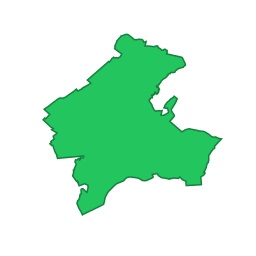 Saniob, Bihor, Romania (Albers equal-area conic projection), rotated 152°
{"feature_id": "2599482B80323305476993", "entity_name": "Saniob", "entity_type": "district", "adm_level": 2, "iso_a3": "ROU", "parent_name": "Romania", "parent_adm1": "Bihor", "projection": "albers", "projection_center": [22.111, 47.257], "detail": "fine", "context": "isolated", "style": "filled", "palette": "green", "viewbox_px": 256, "rotation_deg": 152, "n_neighbors": 0, "source": "geoboundaries", "source_scale": "gbopen_adm2", "svg_char_len": 5664}
<svg xmlns="http://www.w3.org/2000/svg" viewBox="0 0 256 256"><g transform="rotate(152 128 128)"><path d="M168.7,184.6L171.7,184.9L172.0,185.1L172.8,185.7L173.5,186.2L174.5,186.5L175.5,186.6L182.8,185.5L188.5,184.4L192.9,184.0L193.3,183.9L190.7,176.7L196.4,174.8L196.8,175.9L199.1,175.1L195.5,164.5L194.1,162.7L196.3,162.3L193.1,157.2L193.5,156.6L197.9,155.9L198.3,154.1L198.2,153.6L198.3,152.9L202.4,152.3L202.3,151.6L202.6,151.2L203.5,151.0L204.4,150.7L203.7,149.4L203.7,148.4L202.7,148.1L202.7,147.0L203.6,141.7L203.7,140.3L203.5,137.5L203.8,137.3L204.5,134.5L204.5,134.3L204.3,134.1L201.9,133.2L186.2,126.6L184.9,125.8L183.8,125.7L182.7,125.0L182.0,124.9L180.9,124.3L180.4,124.2L180.3,123.9L180.9,123.1L181.3,122.8L181.6,122.7L183.0,123.2L183.2,123.3L183.4,123.9L184.1,124.1L184.4,123.9L185.0,122.6L185.8,122.4L186.0,122.6L185.6,123.7L186.0,124.1L188.7,123.9L189.2,124.5L189.5,124.4L190.7,123.0L190.8,122.3L190.7,121.1L190.7,120.8L191.1,119.6L192.3,119.1L193.9,117.7L194.3,117.1L195.1,117.0L195.5,116.7L196.1,116.4L195.8,115.5L196.7,114.9L197.3,114.0L197.5,113.3L199.0,112.3L199.4,111.6L198.5,105.1L198.2,104.9L197.8,105.0L197.6,104.8L197.6,104.5L197.8,104.4L197.8,104.2L198.0,104.1L198.0,103.8L197.5,103.2L197.9,102.7L197.7,102.5L198.1,101.7L198.3,99.9L195.6,99.5L192.5,99.2L190.3,96.3L190.5,95.5L190.7,95.3L190.7,95.0L191.1,94.7L191.1,94.2L193.5,91.6L194.4,90.4L195.2,92.2L195.5,93.5L195.8,94.1L196.3,95.5L196.8,95.8L197.3,95.8L197.9,95.7L198.0,95.9L198.4,95.7L199.3,93.7L200.6,91.5L201.5,91.8L201.6,91.5L201.7,91.3L202.5,90.7L203.2,89.5L204.0,88.8L204.7,88.0L205.7,87.7L206.5,87.4L207.3,86.8L208.0,85.8L208.6,85.2L208.6,84.9L208.5,83.6L208.9,82.0L209.0,79.0L208.8,76.1L209.0,72.7L208.5,72.8L188.8,72.1L185.3,72.1L184.5,73.1L183.5,73.9L181.8,76.3L179.9,78.1L178.2,79.1L177.0,80.1L174.5,81.3L172.3,81.9L167.8,83.4L164.4,84.1L162.6,84.0L156.6,83.4L156.3,83.5L154.2,84.4L152.1,84.7L151.2,84.5L149.5,84.0L146.0,81.6L143.8,80.0L142.4,78.8L141.0,76.9L140.5,75.8L140.2,75.2L139.6,74.7L138.2,73.7L137.1,73.2L135.9,72.9L131.5,72.6L130.8,72.5L129.5,72.6L129.3,72.7L128.8,72.8L128.4,75.6L126.2,75.0L125.9,74.7L124.8,74.4L123.8,73.9L123.5,73.6L123.5,73.1L123.6,71.7L122.4,69.7L122.0,68.8L121.4,68.1L118.6,66.2L115.5,63.4L115.0,63.3L114.7,63.7L114.0,63.2L113.3,62.9L111.4,62.4L110.3,61.9L108.8,60.8L107.0,59.8L105.4,60.5L104.9,59.4L104.3,57.1L104.0,56.5L103.1,55.3L101.9,54.1L102.2,53.2L103.6,49.8L89.8,43.5L88.9,45.4L87.3,49.3L86.8,50.3L86.1,50.7L83.9,50.8L83.0,51.0L81.1,52.0L81.9,53.3L80.6,53.9L77.5,56.4L76.2,58.0L74.8,59.3L73.8,59.7L73.0,60.1L72.8,60.7L71.8,61.6L70.0,65.1L69.8,65.8L68.3,66.4L66.8,67.4L62.7,69.4L62.2,69.5L61.2,69.4L60.6,70.1L60.1,71.2L58.2,71.9L50.6,74.5L51.8,75.4L52.9,76.4L54.9,79.0L55.2,79.0L56.1,79.5L57.2,80.0L58.0,81.1L58.6,82.0L59.0,82.9L59.3,84.1L59.9,84.9L60.2,85.6L60.6,85.9L60.7,86.3L61.1,87.2L63.0,89.6L66.1,91.7L67.7,93.0L68.2,93.6L73.3,97.7L74.4,98.7L75.5,98.9L76.5,99.2L78.0,99.5L82.1,99.3L82.3,99.6L83.3,102.0L84.3,104.7L88.0,114.3L85.8,115.0L81.5,116.7L81.3,117.3L81.1,118.3L81.3,119.2L81.6,122.2L81.5,122.9L81.1,123.9L80.8,124.2L75.7,127.1L74.3,128.0L73.7,128.5L73.1,128.8L70.8,130.8L72.4,134.4L73.0,134.1L74.0,133.8L75.6,133.6L76.4,133.6L77.6,133.3L78.7,132.8L80.9,132.4L81.6,132.2L85.0,130.5L85.5,129.8L85.9,129.5L86.9,129.0L86.9,128.9L85.7,128.0L84.9,127.4L84.0,127.0L83.9,126.9L84.1,125.6L84.5,123.9L84.6,123.3L85.0,122.6L90.0,122.4L92.2,123.2L92.8,123.9L89.7,127.4L91.7,128.0L91.9,128.2L92.0,128.5L92.3,128.7L92.9,128.9L93.5,129.0L94.5,129.6L95.8,129.9L96.5,131.8L96.4,135.2L96.0,137.8L96.6,142.1L96.3,142.1L95.5,143.1L94.8,143.1L94.5,143.8L93.8,143.9L93.3,143.8L92.8,143.3L92.6,143.2L91.8,144.1L91.5,144.7L91.9,145.5L91.6,145.9L91.0,145.7L90.5,145.9L89.6,145.5L89.7,145.1L89.1,145.2L88.7,145.2L88.1,146.0L88.0,146.9L87.8,147.0L87.3,147.0L86.9,145.9L86.9,144.8L86.7,144.3L86.1,144.6L85.5,144.4L85.3,144.7L85.4,145.1L84.7,145.2L83.9,145.5L83.7,145.7L83.9,146.6L83.4,146.9L82.3,147.0L82.2,147.1L82.5,147.7L82.0,148.2L82.0,148.5L82.5,149.1L82.5,149.3L82.0,149.8L82.6,150.1L83.2,150.1L83.4,150.6L83.3,150.9L83.3,151.5L82.6,151.8L82.3,151.5L82.2,151.3L81.9,151.3L81.5,151.5L81.1,151.9L79.9,151.7L79.8,151.9L79.7,152.3L77.7,152.9L77.2,153.5L76.5,153.9L75.5,154.2L74.4,154.6L72.8,154.6L70.2,154.9L69.9,155.0L69.2,155.7L69.0,155.8L68.8,155.8L68.4,155.6L68.0,155.7L67.8,155.9L67.4,156.6L67.2,156.7L66.0,156.5L65.0,156.2L64.8,156.7L63.9,156.9L63.6,156.9L63.0,156.4L62.4,155.7L61.8,155.7L60.6,155.3L60.4,155.3L59.6,156.1L58.7,156.2L56.2,156.8L53.2,156.3L50.9,155.7L48.5,156.6L48.0,156.4L47.5,157.1L47.3,158.1L47.2,160.0L47.0,164.4L47.4,165.3L59.1,175.3L58.9,175.6L58.2,176.0L57.9,176.4L57.1,178.1L57.1,178.4L57.2,178.5L57.4,178.5L57.9,178.8L58.1,179.2L58.0,179.6L58.1,179.9L58.2,180.1L58.7,180.4L59.5,180.5L60.1,180.5L60.3,180.3L60.9,180.3L61.5,180.7L61.8,180.9L61.9,181.9L62.5,183.3L63.7,185.0L63.7,185.3L63.3,186.2L63.4,186.6L63.7,186.9L66.9,187.7L67.9,188.3L69.2,189.3L72.2,191.2L73.1,191.5L73.8,192.1L74.0,192.4L74.4,192.5L71.6,195.5L71.4,196.0L73.7,196.0L73.7,198.9L74.4,199.8L77.2,201.5L78.2,201.6L78.5,201.9L79.2,202.0L79.5,202.3L80.0,202.4L81.1,203.3L81.3,204.2L82.9,207.9L84.0,210.2L84.4,210.8L85.6,211.5L86.1,211.7L89.5,212.2L90.9,212.5L92.0,211.9L93.7,211.4L95.5,210.6L96.8,210.2L97.6,209.3L101.2,206.5L101.0,206.0L101.1,205.8L102.0,204.9L102.5,204.6L102.5,204.3L101.3,201.4L99.0,196.9L98.7,196.4L101.5,194.5L104.2,194.6L104.6,195.1L105.2,195.5L106.6,196.0L107.5,196.9L107.5,197.2L107.9,197.1L109.8,196.8L111.4,195.8L113.6,195.0L113.8,195.8L141.4,189.4L139.8,184.9L147.8,184.6L147.8,184.8L150.0,184.5L150.0,184.2L155.0,184.2L155.3,186.6L158.6,185.8L168.7,184.6Z" fill="#22c55e" stroke="#15803d" stroke-width="1.5"/></g></svg>